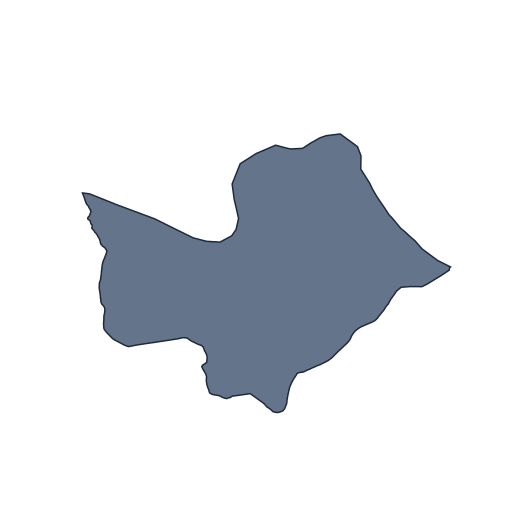 Shibam Kawkaban, Al Mahwit, Yemen (Mercator projection), rotated 112°
{"feature_id": "15242507B12742486691999", "entity_name": "Shibam Kawkaban", "entity_type": "district", "adm_level": 2, "iso_a3": "YEM", "parent_name": "Yemen", "parent_adm1": "Al Mahwit", "projection": "mercator", "projection_center": [43.874, 15.476], "detail": "fine", "context": "isolated", "style": "filled", "palette": "slate", "viewbox_px": 512, "rotation_deg": 112, "n_neighbors": 0, "source": "geoboundaries", "source_scale": "gbopen_adm2", "svg_char_len": 4157}
<svg xmlns="http://www.w3.org/2000/svg" viewBox="0 0 512 512"><g transform="rotate(112 256 256)"><path d="M391.5,175.2L391.4,175.0L389.8,173.4L389.2,173.0L389.1,172.9L388.3,172.7L386.5,172.2L381.2,172.3L377.0,173.5L373.2,174.3L372.8,174.4L372.7,174.4L366.7,175.4L363.3,175.7L362.8,175.6L360.9,175.5L358.9,175.4L357.0,175.2L355.2,174.9L353.4,174.5L351.4,174.1L349.6,173.9L348.1,172.5L347.0,170.9L346.3,169.2L345.0,167.8L343.6,166.6L342.2,165.4L340.8,163.8L339.3,162.5L338.0,161.3L336.7,159.9L334.9,158.3L332.7,155.8L330.5,154.0L329.0,152.5L327.5,151.3L326.0,150.0L324.7,149.2L324.4,149.0L322.5,147.8L320.0,146.7L318.1,146.0L316.4,145.2L313.7,144.1L311.7,143.1L310.1,142.3L308.5,141.6L306.7,140.8L304.6,139.8L302.4,138.8L300.2,138.1L298.3,137.6L296.4,137.5L294.4,137.4L292.3,137.1L290.5,136.6L288.4,135.9L286.3,134.8L284.7,133.8L283.1,132.7L281.7,131.5L280.2,130.0L278.8,128.6L277.4,127.2L276.2,126.0L274.7,124.5L273.1,123.0L271.4,121.6L269.8,120.8L267.8,120.0L266.0,119.6L263.6,118.9L262.7,118.6L261.4,118.2L259.3,117.5L257.3,117.0L254.5,116.6L252.7,116.1L251.0,115.4L249.2,115.3L247.3,115.0L244.9,114.7L243.2,114.2L241.3,113.8L239.2,113.2L236.9,112.8L236.0,112.6L230.6,109.7L226.5,101.4L226.3,100.8L223.9,94.9L222.3,90.7L218.2,87.0L214.8,84.5L205.0,77.2L196.7,71.5L195.9,71.9L193.8,72.0L193.3,71.6L192.1,86.0L187.2,104.7L182.2,114.6L180.5,119.9L177.8,126.8L176.1,132.2L169.4,144.7L168.2,147.7L164.1,153.6L162.6,155.8L157.9,162.9L155.0,167.1L150.3,173.1L145.9,177.9L136.2,191.4L123.8,196.2L117.3,202.2L116.7,202.7L115.7,206.3L111.3,223.7L118.1,235.9L122.3,240.8L130.5,247.4L138.7,253.1L143.7,263.8L144.5,267.9L145.9,279.3L160.9,294.2L176.3,305.2L182.9,305.2L197.0,305.1L198.2,305.1L202.6,302.6L211.7,297.4L219.8,291.7L227.8,286.2L229.7,285.9L230.5,285.8L230.6,285.7L232.9,285.4L238.8,284.4L246.4,286.1L256.6,294.6L260.9,307.3L262.7,321.0L261.1,343.1L260.1,356.0L259.5,363.6L260.6,403.6L260.7,433.5L260.8,433.8L262.5,440.5L264.1,439.1L265.6,437.6L267.8,435.8L269.2,434.6L270.7,433.3L271.7,431.9L272.5,430.2L273.7,429.1L275.1,426.8L275.3,427.0L276.6,425.7L278.6,425.6L281.0,425.5L282.8,426.1L283.7,426.3L284.8,425.7L285.5,422.9L287.1,421.9L288.3,420.7L288.6,419.8L289.1,419.3L290.4,418.8L291.6,418.8L293.0,416.2L293.8,414.9L294.3,414.4L294.8,413.0L295.8,411.4L297.1,409.9L298.5,408.0L299.7,406.7L301.9,405.3L303.2,404.2L304.5,401.6L304.8,399.7L305.7,398.0L307.0,396.4L308.7,395.8L310.4,395.8L312.6,395.7L314.3,395.7L316.0,395.7L317.8,395.8L319.7,395.6L321.5,395.3L323.1,394.9L325.2,394.3L326.8,393.8L327.2,393.7L328.4,393.5L330.2,392.8L332.4,392.3L334.2,391.8L335.7,391.4L337.5,391.2L339.2,391.2L340.8,390.7L341.3,390.5L342.8,390.0L344.4,389.4L346.6,388.1L347.9,387.3L349.5,386.4L351.1,385.5L351.5,385.3L353.2,384.5L354.5,383.6L356.1,382.9L357.4,382.0L358.6,380.6L359.2,378.9L360.2,377.6L361.4,376.5L363.0,375.8L364.6,375.3L366.2,374.9L368.0,374.7L369.8,374.1L371.2,373.5L372.8,373.0L373.5,372.8L374.8,372.3L376.4,371.8L378.1,370.9L379.6,370.2L380.9,369.2L382.0,367.4L382.8,365.9L383.8,363.7L384.5,362.1L385.2,360.6L386.1,358.5L386.6,357.0L386.9,355.1L387.0,353.3L387.2,351.5L387.4,349.5L387.6,347.5L387.8,345.9L387.9,344.1L387.9,342.4L387.8,340.8L387.8,340.3L386.1,337.7L382.7,332.4L377.9,324.3L375.5,320.2L374.5,318.4L374.4,318.2L369.8,310.5L361.6,296.7L360.6,295.3L359.4,293.8L358.7,292.1L358.2,290.5L357.9,288.7L358.6,286.3L359.0,284.4L359.2,282.5L359.2,280.9L359.5,278.5L359.5,276.7L359.5,275.0L359.4,273.2L359.9,271.4L361.5,269.6L363.3,268.1L364.2,266.8L365.2,265.6L366.2,264.8L366.4,264.5L368.2,263.4L369.8,262.8L371.6,262.3L373.2,262.0L373.3,261.9L375.3,263.3L377.1,264.5L377.2,264.3L377.3,264.3L378.8,264.9L381.0,262.6L384.0,258.6L386.6,256.5L388.4,256.0L389.9,255.5L391.8,254.5L393.4,253.5L395.2,252.2L396.6,250.8L397.8,249.7L399.1,248.7L400.1,247.9L400.3,247.7L400.7,245.5L400.6,243.9L400.1,241.7L399.7,239.8L399.3,237.4L399.5,235.6L399.6,234.4L399.6,233.6L399.6,232.3L399.5,231.3L399.1,229.6L397.8,228.6L397.2,227.1L394.9,225.6L393.9,223.8L385.8,209.8L389.0,196.6L390.0,192.8L391.8,189.5L392.6,185.5L392.9,184.7L394.0,181.7L393.8,180.9L393.8,180.7L393.6,179.0L392.8,176.8L391.5,175.2Z" fill="#64748b" stroke="#1e293b" stroke-width="1.5"/></g></svg>